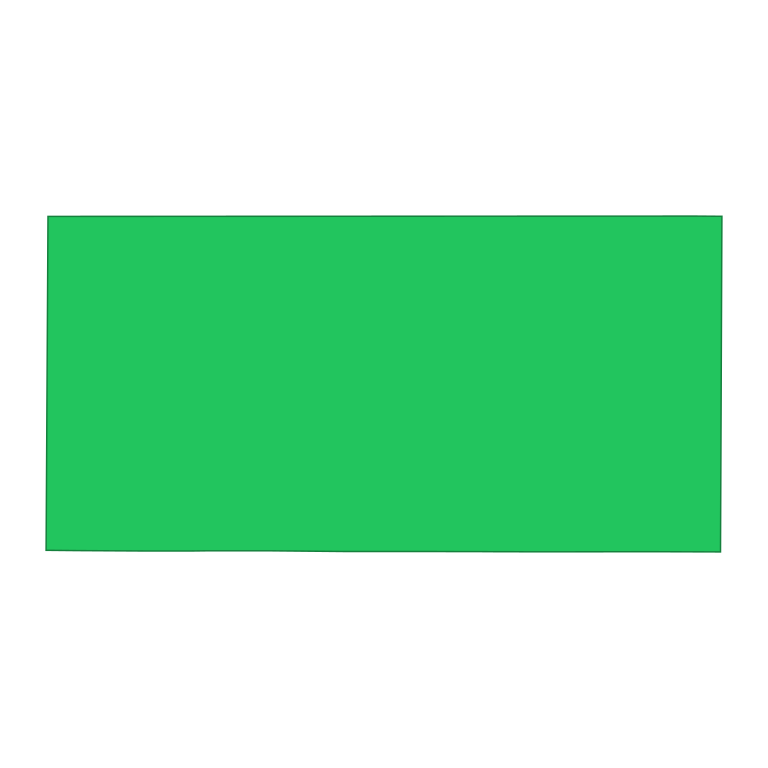 outline of McIntosh, North Dakota, United States of America
{"feature_id": "52423323B18464688172612", "entity_name": "McIntosh", "entity_type": "district", "adm_level": 2, "iso_a3": "USA", "parent_name": "United States of America", "parent_adm1": "North Dakota", "projection": "natural_earth1", "projection_center": [-99.421, 46.112], "detail": "fine", "context": "isolated", "style": "filled", "palette": "green", "viewbox_px": 768, "rotation_deg": 0, "n_neighbors": 0, "source": "geoboundaries", "source_scale": "gbopen_adm2", "svg_char_len": 525}
<svg xmlns="http://www.w3.org/2000/svg" viewBox="0 0 768 768"><path d="M695.5,216.1L48.0,216.4L46.1,550.3L78.0,550.6L146.1,551.0L146.8,551.0L148.0,551.0L171.0,551.0L190.4,551.0L206.6,550.8L253.5,550.8L270.8,550.8L344.5,551.5L346.8,551.5L415.4,551.5L427.5,551.5L433.0,551.5L458.8,551.6L459.0,551.6L479.7,551.6L495.6,551.7L505.9,551.7L511.8,551.7L526.1,551.8L553.5,551.8L553.9,551.8L560.1,551.8L560.9,551.8L645.9,551.7L653.3,551.7L720.5,551.9L721.9,216.3L695.5,216.1Z" fill="#22c55e" stroke="#15803d" stroke-width="1.5"/></svg>